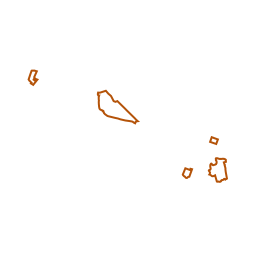 the district of Woorabinda, Queensland, Australia, rotated 102°
{"feature_id": "25037944B71447631493326", "entity_name": "Woorabinda", "entity_type": "district", "adm_level": 2, "iso_a3": "AUS", "parent_name": "Australia", "parent_adm1": "Queensland", "projection": "orthographic", "projection_center": [149.585, -24.034], "detail": "fine", "context": "isolated", "style": "outline", "palette": "amber", "viewbox_px": 256, "rotation_deg": 102, "n_neighbors": 0, "source": "geoboundaries", "source_scale": "gbopen_adm2", "svg_char_len": 3535}
<svg xmlns="http://www.w3.org/2000/svg" viewBox="0 0 256 256"><g transform="rotate(102 128 128)"><path d="M119.3,119.9L118.2,121.8L117.0,123.5L111.1,132.8L109.5,135.2L103.9,144.0L105.0,145.7L104.7,147.6L101.5,150.2L100.2,151.3L98.5,154.4L96.2,157.4L99.3,162.8L99.6,164.6L100.5,164.5L100.8,164.6L101.1,164.6L101.3,164.5L102.2,163.8L102.3,163.8L102.2,163.8L102.2,163.7L102.3,163.8L102.4,163.7L102.5,163.4L102.7,163.1L103.0,163.0L103.3,163.0L103.5,163.1L104.3,163.0L104.5,162.9L105.6,162.7L106.6,162.4L107.0,162.2L107.9,162.1L108.7,162.0L109.4,161.8L111.0,161.4L111.8,161.1L112.9,160.8L113.7,160.5L114.4,160.2L115.1,159.8L115.5,159.3L115.8,158.8L115.9,158.2L116.0,157.4L116.1,156.9L116.4,155.9L117.0,156.0L117.1,155.3L117.8,154.9L118.0,154.7L118.5,154.5L118.6,154.2L119.2,153.5L120.5,150.6L120.6,149.3L120.6,149.0L120.8,142.6L120.8,139.8L121.1,137.3L121.2,132.2L120.9,128.1L120.9,127.8L120.9,127.7L120.8,125.5L120.9,124.8L121.6,123.2L121.9,122.0L121.3,121.9L120.5,121.8L120.0,121.3L120.0,121.2L119.5,120.7L119.4,120.2L119.3,119.9ZM161.8,30.0L161.7,29.7L161.8,29.4L161.9,29.1L161.8,28.8L161.6,28.6L161.6,27.9L161.6,27.5L161.6,27.2L161.4,26.9L161.3,26.4L160.8,26.0L160.6,25.9L160.3,26.0L159.7,25.7L159.4,25.3L159.4,25.1L159.1,24.4L158.9,24.1L158.5,23.7L158.2,23.6L157.8,23.4L157.7,23.1L157.7,22.8L157.9,22.6L158.2,22.1L157.8,21.8L157.5,21.3L157.1,20.8L156.9,20.7L150.6,23.3L147.9,24.2L147.1,24.3L144.4,25.7L144.1,25.6L144.0,25.8L141.7,27.1L141.4,26.6L140.7,25.2L139.5,25.6L139.2,25.6L138.8,25.7L138.7,25.9L138.6,26.0L138.4,26.3L138.4,26.6L138.4,26.9L138.3,27.3L138.2,27.5L138.2,27.8L138.2,28.0L138.3,28.4L138.4,28.5L138.4,28.9L138.5,29.1L138.6,29.6L138.8,30.0L138.9,30.4L138.9,30.7L139.0,30.9L139.0,31.2L139.1,31.4L139.2,31.6L139.2,31.9L139.2,32.1L139.2,33.0L139.1,33.3L139.2,33.7L139.1,34.0L139.0,34.4L139.0,34.5L139.1,35.0L139.4,35.3L139.4,35.5L139.5,35.5L139.8,35.7L140.0,35.6L140.4,35.5L140.8,35.4L141.2,35.3L141.3,35.3L141.5,35.1L141.8,34.8L142.0,34.6L142.4,34.4L142.7,34.3L143.0,34.2L143.7,34.1L143.9,34.1L144.2,34.2L144.4,34.2L144.6,34.3L144.9,34.4L145.1,34.4L145.2,34.5L145.3,34.7L145.4,34.8L145.6,35.0L145.8,35.3L145.9,35.6L146.0,35.8L146.1,36.0L146.3,36.2L146.5,36.6L146.6,36.8L146.7,37.0L146.6,37.5L146.4,37.9L146.2,38.2L146.0,38.4L145.7,38.6L145.6,38.8L145.5,39.0L145.7,39.4L146.1,39.5L146.3,39.6L146.5,39.7L147.1,39.8L147.5,39.7L147.8,39.7L148.3,39.6L148.7,39.5L149.0,39.4L149.4,39.2L149.8,39.0L150.3,38.8L150.6,38.7L151.0,38.7L151.2,38.8L151.5,38.9L151.8,39.0L152.0,39.3L152.2,39.7L152.3,39.9L152.7,40.1L153.0,40.0L153.3,39.7L153.5,39.4L153.7,39.2L153.9,39.1L154.1,38.9L154.3,38.7L154.5,38.5L154.8,38.5L155.2,38.5L155.9,38.5L156.4,38.6L156.6,38.7L156.7,37.7L156.9,37.3L157.4,36.3L157.6,35.9L157.6,35.2L157.2,34.2L156.2,33.0L161.8,30.0ZM91.3,231.6L91.9,234.1L92.0,234.2L96.7,234.8L101.2,235.3L101.3,235.2L102.2,234.3L102.2,234.2L103.7,232.0L103.8,231.8L104.6,232.2L105.4,229.9L105.5,229.7L99.5,226.7L99.1,229.5L99.3,229.5L99.3,229.3L99.3,229.5L100.2,229.0L100.8,229.3L100.3,230.4L100.2,230.4L100.0,230.2L99.4,229.9L99.1,230.0L98.5,229.6L98.4,229.7L98.1,230.0L97.9,230.1L97.7,230.2L97.6,230.3L91.5,229.0L91.3,231.6ZM162.2,64.7L162.5,64.5L162.7,64.2L162.9,63.9L163.2,63.6L163.5,63.1L163.6,62.6L163.7,62.3L163.9,62.1L164.2,61.7L164.6,61.2L164.7,60.9L164.7,60.5L164.6,60.0L164.5,59.8L164.1,59.5L163.7,59.3L163.4,59.0L163.1,58.5L163.0,58.2L162.9,57.9L155.0,56.8L154.9,58.4L156.2,58.6L155.5,63.5L162.2,64.7ZM119.6,44.2L124.5,44.8L125.3,38.4L121.8,37.9L120.5,37.7L119.6,44.2Z" fill="none" stroke="#b45309" stroke-width="2"/></g></svg>